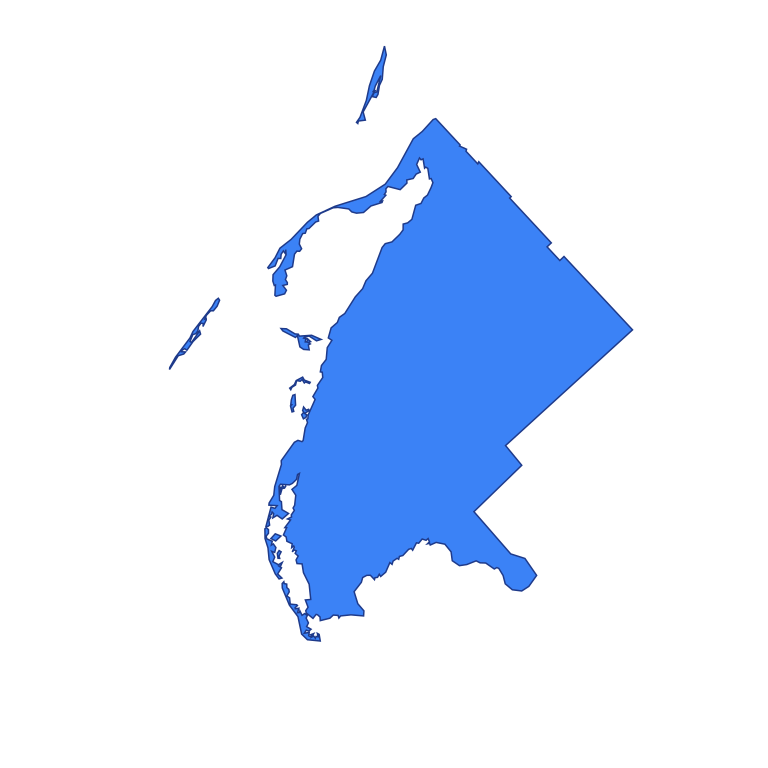 Isla Mujeres, Quintana Roo, Mexico (Natural Earth projection), rotated 227°
{"feature_id": "50627088B16692163202625", "entity_name": "Isla Mujeres", "entity_type": "district", "adm_level": 2, "iso_a3": "MEX", "parent_name": "Mexico", "parent_adm1": "Quintana Roo", "projection": "natural_earth1", "projection_center": [-86.89, 21.403], "detail": "fine", "context": "isolated", "style": "filled", "palette": "blue", "viewbox_px": 768, "rotation_deg": 227, "n_neighbors": 0, "source": "geoboundaries", "source_scale": "gbopen_adm2", "svg_char_len": 6182}
<svg xmlns="http://www.w3.org/2000/svg" viewBox="0 0 768 768"><g transform="rotate(227 384 384)"><path d="M542.8,602.8L543.9,600.3L542.6,584.2L543.4,572.7L533.0,541.5L529.3,521.2L533.4,498.6L547.4,469.4L553.8,449.8L554.5,438.3L553.1,414.6L554.3,400.5L550.6,390.4L548.4,378.4L547.2,378.3L544.6,384.9L548.1,392.2L546.2,394.1L549.0,397.2L550.0,401.2L546.2,400.7L549.3,403.8L545.3,400.5L540.8,387.6L539.6,377.4L535.1,372.9L530.9,370.9L530.4,372.1L523.3,364.7L521.8,364.9L517.7,372.8L519.1,376.6L525.1,377.2L522.8,381.2L524.1,382.5L527.6,383.1L529.4,386.7L534.9,389.3L532.2,397.1L540.0,407.1L540.6,410.9L538.6,412.8L539.1,416.0L544.1,417.5L547.3,421.2L549.5,427.1L548.0,429.3L550.1,433.4L548.9,435.1L549.1,444.5L547.8,447.3L551.7,450.1L552.1,453.9L547.6,466.9L544.6,470.7L536.1,477.6L531.8,477.8L527.7,480.4L523.4,486.0L523.1,495.9L518.1,506.3L518.8,507.7L520.0,504.7L520.8,514.1L522.4,513.5L523.1,516.5L525.5,518.5L525.8,521.6L515.1,528.4L515.3,537.8L517.7,539.8L514.4,545.5L515.6,550.7L514.2,555.0L522.3,557.6L525.1,564.1L522.7,564.0L522.0,566.1L514.2,560.9L514.2,562.4L511.8,563.1L503.0,557.1L502.1,558.6L497.9,557.1L495.6,552.5L492.5,544.6L492.9,540.0L490.8,534.2L493.1,529.1L485.4,516.7L485.7,511.2L487.9,507.1L483.7,503.1L482.7,497.6L482.5,486.7L485.8,480.6L485.1,475.7L472.9,451.1L471.8,441.2L468.3,433.4L467.3,422.4L462.3,403.4L463.2,396.8L460.8,391.8L461.1,383.6L455.7,374.7L451.5,375.7L449.3,367.3L441.4,358.5L440.2,350.9L436.3,345.7L434.7,346.9L430.5,343.6L428.4,334.3L426.1,332.9L423.3,323.4L419.7,323.1L413.0,307.3L410.5,304.6L411.0,303.2L407.9,301.7L405.6,296.4L397.8,286.3L397.8,284.7L401.5,282.6L402.5,278.7L398.0,256.5L395.1,254.1L383.5,234.1L377.8,227.5L375.3,218.8L373.9,217.2L367.9,222.9L367.4,219.4L371.0,217.4L360.4,200.6L359.0,202.1L358.8,204.1L363.0,207.0L363.8,210.5L365.9,209.9L365.4,212.8L366.7,214.9L364.4,214.9L361.9,211.4L360.9,216.2L354.7,217.5L354.4,225.9L361.7,223.7L367.9,228.7L370.0,228.2L380.8,237.4L381.3,239.9L374.7,246.1L373.8,249.2L373.9,254.9L376.8,259.1L376.3,261.2L369.3,251.1L369.7,244.8L362.8,243.6L356.2,235.9L355.3,232.9L352.7,232.2L351.5,226.9L349.8,225.7L351.1,221.4L348.3,222.9L346.6,213.5L345.3,214.8L342.2,207.5L338.8,208.1L335.2,205.7L329.8,207.9L327.3,204.9L327.1,207.5L325.8,207.1L323.8,202.4L323.9,205.1L321.8,206.1L320.7,203.5L316.7,203.9L315.3,199.7L312.0,197.9L308.3,201.4L300.9,196.4L288.6,192.7L276.4,183.5L279.7,179.2L272.5,176.2L271.6,172.2L269.6,171.0L261.0,172.2L261.8,177.2L260.6,178.0L257.2,178.3L254.4,176.0L249.6,184.7L249.6,189.3L246.1,192.6L243.6,191.4L244.0,194.1L237.7,202.4L228.3,210.9L231.8,214.6L241.2,215.0L252.5,220.5L254.4,232.2L257.0,236.4L255.8,240.9L253.4,243.6L247.4,243.6L248.5,245.3L247.0,247.4L248.1,250.8L245.5,250.3L245.2,256.9L249.4,266.5L246.6,266.9L248.3,269.9L247.6,274.7L245.8,275.2L247.4,277.7L245.7,280.8L246.3,289.3L245.1,291.8L242.9,291.6L245.7,299.4L243.9,300.8L244.6,306.2L241.0,308.2L240.9,310.9L237.6,309.6L237.5,306.8L236.4,308.7L234.7,308.0L232.6,314.1L225.3,319.3L215.5,318.6L208.2,313.4L199.7,315.3L195.5,321.4L191.8,330.8L187.7,332.3L183.7,336.3L173.5,338.5L172.8,341.3L170.8,342.2L162.7,340.5L155.2,336.4L146.0,337.5L138.7,343.6L137.2,351.9L139.9,365.1L160.3,368.1L173.3,360.8L229.3,362.7L230.6,429.3L256.1,430.9L254.1,602.7L354.5,602.6L354.4,596.8L373.1,596.8L373.1,602.6L434.3,602.7L434.3,604.8L481.9,604.9L481.0,602.7L498.3,602.7L499.4,604.5L506.5,601.5L506.9,602.7L542.8,602.8ZM594.1,542.3L592.4,542.5L593.8,544.6L589.7,550.3L597.2,554.3L604.6,576.6L605.3,575.7L605.6,577.0L604.5,577.4L604.6,577.7L605.6,577.1L607.9,580.9L611.8,592.0L602.5,577.9L603.8,575.5L602.2,571.4L598.9,573.7L599.9,577.1L605.5,584.3L608.0,590.5L616.6,599.9L623.1,610.1L630.8,614.8L623.1,602.5L619.4,590.4L612.1,576.8L603.4,564.4L595.4,548.3L594.1,542.3ZM245.1,165.8L247.1,165.2L244.1,163.4L245.7,162.2L244.9,160.4L247.6,160.7L248.2,158.5L249.4,162.4L250.6,159.5L249.5,160.1L249.4,157.8L251.3,157.2L253.3,159.9L256.1,155.7L257.0,159.3L254.5,160.6L254.4,163.4L259.3,161.9L260.8,165.8L265.9,167.4L267.0,170.0L270.2,169.4L270.7,166.3L275.5,167.8L274.6,166.2L275.7,164.8L278.1,168.8L280.1,165.8L281.1,166.5L281.0,169.6L282.1,169.6L287.0,165.3L292.0,169.1L295.2,168.4L296.6,172.9L298.7,174.3L301.4,174.1L304.0,176.4L306.1,174.9L307.7,175.9L307.5,173.4L304.2,170.5L286.8,164.0L272.5,162.4L257.3,153.2L249.2,153.6L239.5,162.1L245.1,165.8ZM319.4,175.0L313.0,174.3L311.7,177.0L317.6,176.7L319.5,183.7L322.3,183.0L321.4,184.3L322.9,187.9L323.8,183.6L329.9,181.5L331.9,186.0L338.2,187.8L335.4,189.2L338.1,193.4L342.5,194.0L343.0,191.7L345.2,195.0L350.7,192.7L353.1,194.1L353.6,197.7L356.3,200.2L359.3,200.0L359.3,198.1L352.1,191.6L343.3,187.4L333.9,180.2L319.4,175.0ZM550.0,273.5L545.8,249.8L542.2,238.6L540.9,237.0L545.0,252.8L542.5,258.0L542.8,260.7L545.7,257.9L546.4,259.4L545.8,262.3L543.1,262.9L545.3,273.4L545.6,283.9L548.6,285.4L545.7,271.6L547.4,271.1L550.5,277.9L549.2,280.6L549.8,284.1L552.6,287.7L553.3,291.7L551.5,293.1L549.5,290.8L552.1,297.7L553.2,298.6L553.7,297.2L555.4,301.1L555.8,307.1L553.9,309.2L554.7,315.0L557.4,320.9L559.7,321.3L560.0,317.8L557.8,311.2L552.7,280.1L550.0,273.5ZM494.8,346.5L491.8,346.2L478.4,351.0L478.5,353.7L468.5,347.8L464.1,348.8L460.0,352.6L464.2,355.3L463.6,357.4L466.1,356.8L465.0,359.2L468.4,359.0L467.5,356.1L468.5,355.1L470.1,357.2L469.1,359.1L472.3,356.5L472.5,357.5L470.2,361.9L461.6,364.1L459.5,368.4L469.0,364.3L476.7,354.8L478.9,355.3L481.3,353.1L490.9,350.3L494.8,346.5ZM431.8,300.7L426.3,297.7L425.5,299.3L428.3,300.9L428.8,304.9L437.0,311.7L437.9,309.6L435.6,305.4L432.6,301.9L431.7,302.4L431.8,300.7ZM445.3,312.2L443.4,311.9L444.4,314.4L443.6,318.6L446.1,322.4L443.1,324.7L443.1,327.2L439.1,326.4L439.0,328.0L435.2,329.9L435.6,331.2L441.2,328.4L444.5,329.2L446.4,322.1L444.7,318.1L445.3,312.2ZM348.1,195.9L343.1,197.7L343.1,204.9L348.6,202.3L348.1,195.9ZM413.5,301.3L412.8,304.2L414.2,306.5L416.7,305.8L415.6,311.2L416.9,311.6L418.0,309.2L422.0,309.5L420.0,306.3L418.1,306.1L417.7,302.8L413.5,301.3ZM332.9,190.4L328.8,187.6L327.6,188.8L329.8,189.9L331.4,194.3L333.7,193.7L332.9,190.4ZM379.0,237.8L373.7,232.6L377.1,238.2L375.7,240.2L376.5,243.1L376.2,240.3L378.9,240.5L377.7,238.1L379.0,237.8Z" fill="#3b82f6" stroke="#1e3a8a" stroke-width="1.5"/></g></svg>